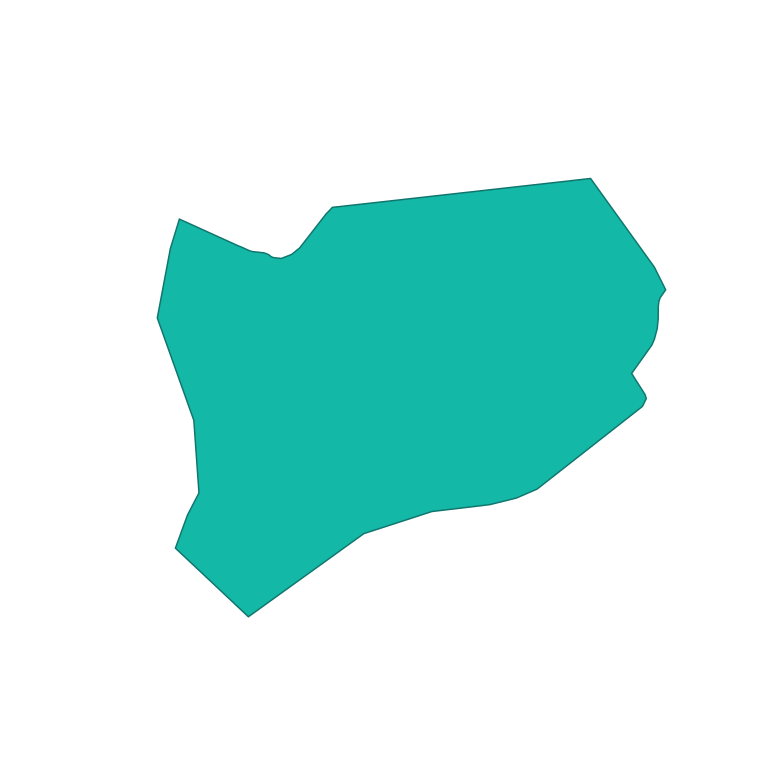 the border of Saint George, rotated 21°
{"feature_id": "DMA-1434", "entity_name": "Saint George", "entity_type": "Parish", "adm_level": 1, "iso_a3": "DMA", "parent_name": "Dominica", "parent_adm1": "", "projection": "mercator", "projection_center": [-61.35, 15.3], "detail": "fine", "context": "isolated", "style": "filled", "palette": "teal", "viewbox_px": 768, "rotation_deg": 21, "n_neighbors": 0, "source": "natural_earth", "source_scale": "10m", "svg_char_len": 710}
<svg xmlns="http://www.w3.org/2000/svg" viewBox="0 0 768 768"><g transform="rotate(21 384 384)"><path d="M248.1,612.0L247.5,576.7L250.3,552.0L219.5,486.1L148.7,403.6L136.0,334.0L133.9,303.4L199.0,307.3L200.7,307.2L210.7,307.8L214.0,307.5L224.7,304.6L227.6,304.5L230.1,304.6L232.5,305.4L234.8,305.7L238.7,304.8L243.1,303.6L251.3,296.2L256.5,287.2L268.9,246.3L269.9,243.9L270.8,241.8L272.5,237.6L503.2,118.1L594.5,178.0L613.2,195.1L610.9,204.7L611.1,208.7L612.2,213.1L616.6,224.8L619.2,234.3L620.4,245.4L620.1,251.7L611.4,285.4L631.5,300.3L634.1,303.6L633.3,312.3L564.6,427.2L548.6,442.9L526.2,458.6L474.4,485.9L418.8,530.9L340.8,649.9L248.1,612.0Z" fill="#14b8a6" stroke="#0f766e" stroke-width="1.5"/></g></svg>